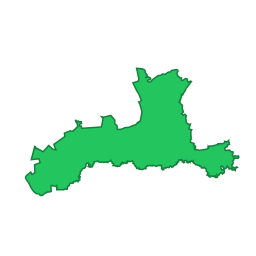 Abasolo, Guanajuato, Mexico (orthographic projection), rotated 264°
{"feature_id": "50627088B42096071159121", "entity_name": "Abasolo", "entity_type": "district", "adm_level": 2, "iso_a3": "MEX", "parent_name": "Mexico", "parent_adm1": "Guanajuato", "projection": "orthographic", "projection_center": [-101.545, 20.537], "detail": "fine", "context": "isolated", "style": "filled", "palette": "green", "viewbox_px": 256, "rotation_deg": 264, "n_neighbors": 0, "source": "geoboundaries", "source_scale": "gbopen_adm2", "svg_char_len": 5715}
<svg xmlns="http://www.w3.org/2000/svg" viewBox="0 0 256 256"><g transform="rotate(264 128 128)"><path d="M172.4,137.6L164.4,140.5L160.6,142.3L154.1,144.2L152.6,142.2L152.8,141.5L148.9,142.6L142.5,143.6L134.2,141.1L133.5,140.8L133.0,139.2L132.3,139.1L132.4,138.1L130.3,135.9L130.1,133.7L128.6,129.1L128.7,125.1L127.5,121.4L127.6,117.2L131.6,117.3L133.4,115.3L137.2,115.7L142.3,112.2L141.3,105.1L141.9,102.9L140.0,104.2L131.8,101.7L132.5,82.1L134.7,81.8L134.8,80.4L136.1,80.1L136.7,80.2L137.4,82.2L139.1,82.3L139.5,79.0L140.1,79.2L140.3,77.3L141.1,76.9L140.8,76.5L138.9,77.2L138.4,77.8L134.9,78.2L131.5,74.1L131.3,73.4L130.6,73.3L130.9,70.5L131.2,70.4L129.5,64.2L126.1,64.3L119.5,52.6L113.9,54.0L114.7,51.1L118.9,47.3L113.3,41.1L117.6,34.8L117.9,34.3L117.3,34.3L117.3,34.0L118.0,34.1L118.6,33.7L119.0,33.9L119.4,33.3L106.6,28.5L106.7,36.1L102.7,37.0L101.2,31.2L93.4,30.8L91.8,27.6L94.3,26.7L91.2,21.9L90.0,21.1L88.7,20.9L83.7,23.5L78.0,25.7L74.7,27.5L72.5,29.7L71.7,32.8L70.7,33.2L70.1,33.9L69.9,35.8L71.6,38.3L72.7,41.2L72.6,43.7L73.1,45.1L77.2,45.1L78.1,45.7L79.0,45.8L77.6,49.3L77.6,50.6L78.0,51.0L74.0,50.7L74.2,52.3L73.9,52.3L73.3,57.6L74.1,59.9L73.4,60.4L73.5,61.1L76.0,61.8L76.6,63.2L79.0,64.6L79.2,65.2L78.8,67.6L80.1,67.9L80.3,68.3L80.1,69.8L81.2,71.2L80.8,72.0L79.9,72.1L79.8,72.8L80.9,73.5L81.5,74.7L82.1,74.8L82.6,74.2L83.6,74.2L84.0,75.2L84.5,75.3L84.6,74.0L85.2,73.7L86.3,75.0L87.9,76.0L89.2,75.7L90.2,77.1L92.1,78.5L92.8,81.0L94.7,82.2L97.1,82.6L97.4,83.7L96.8,84.5L97.0,85.3L95.8,85.1L95.8,85.7L95.3,86.6L94.5,86.4L94.1,85.8L94.4,84.8L94.1,84.3L93.6,84.8L92.9,86.7L93.3,88.7L94.5,88.8L95.0,89.7L95.7,89.4L96.2,90.5L96.9,90.3L98.0,91.0L97.8,92.7L98.3,94.6L97.3,95.3L96.6,97.5L97.0,99.1L96.2,100.3L96.6,102.2L96.1,102.7L96.3,103.4L95.8,104.2L96.3,104.6L97.1,107.0L97.6,107.5L96.6,107.7L95.5,108.8L94.5,108.6L94.0,109.8L93.0,109.9L92.2,109.2L92.0,111.1L91.1,112.1L91.5,113.4L90.9,113.5L91.1,114.3L90.8,115.4L91.5,116.7L92.5,116.8L92.7,117.5L93.4,117.6L93.4,118.5L94.1,118.1L94.5,118.7L93.8,118.9L93.9,120.0L93.5,119.4L93.0,119.5L93.5,120.4L93.5,121.4L92.9,122.3L93.5,123.9L94.2,123.8L94.4,123.3L95.2,124.1L94.3,126.3L94.9,128.9L93.1,129.7L92.6,129.2L91.8,130.4L90.9,130.4L89.7,131.3L89.1,131.2L88.6,132.1L87.4,132.2L86.7,132.7L87.1,133.2L86.9,134.8L85.9,134.6L85.6,135.1L85.7,136.5L85.2,137.3L85.3,138.5L86.3,140.7L85.5,141.2L85.9,141.7L87.1,141.7L88.0,142.3L88.0,143.3L88.5,143.7L88.2,144.4L88.5,145.4L87.9,146.9L88.2,148.0L87.7,148.5L88.1,149.4L86.9,152.4L87.4,153.4L87.6,155.7L87.1,156.0L87.4,156.5L87.3,157.5L83.9,157.2L82.7,158.2L82.9,159.2L83.7,158.9L84.5,159.3L84.1,161.6L84.9,162.1L84.3,164.9L85.7,165.6L85.9,166.6L84.5,167.3L84.7,168.8L85.6,169.4L86.0,170.7L86.5,171.0L86.3,171.7L86.9,172.7L87.3,172.9L88.2,172.5L88.2,173.4L89.2,173.7L89.0,174.8L90.9,175.3L90.7,175.9L91.0,176.4L90.4,177.0L90.9,177.6L90.2,178.0L90.7,178.3L89.3,179.1L88.6,178.6L88.4,179.1L89.0,179.9L87.7,179.9L87.9,180.6L88.7,180.4L89.8,181.7L89.6,182.7L88.5,182.9L88.3,183.6L87.5,183.1L87.2,183.4L87.2,184.2L88.0,184.3L87.6,184.9L87.9,185.4L87.4,186.1L88.2,186.0L88.6,186.2L88.3,187.3L88.8,188.1L87.3,188.9L88.2,189.6L86.1,189.8L85.5,190.8L84.3,191.6L84.2,192.8L83.4,193.9L83.3,195.3L82.5,195.4L81.8,196.7L80.6,196.9L80.6,198.2L80.2,198.5L81.0,199.6L79.5,200.8L79.2,201.5L76.9,201.4L74.8,203.2L74.1,202.2L72.9,201.7L72.6,201.8L72.4,202.9L72.8,203.6L72.5,203.9L71.6,203.4L71.0,203.6L70.7,204.4L71.3,204.5L71.1,205.3L71.6,205.5L71.1,206.7L71.4,207.3L70.1,209.3L71.2,209.1L71.3,210.2L69.9,210.3L69.5,210.9L69.6,211.7L70.4,211.8L70.8,212.2L71.9,212.0L71.5,212.4L71.5,213.3L73.6,215.2L73.4,215.8L73.8,216.5L72.4,217.1L73.2,218.7L74.4,219.3L76.6,219.2L76.9,218.9L76.3,217.4L77.3,216.5L79.4,216.2L80.0,216.4L80.4,217.1L79.9,218.2L78.4,218.6L77.9,219.3L77.3,219.4L77.6,221.1L79.9,222.6L78.3,223.4L78.2,224.0L76.6,224.3L76.8,225.4L76.6,226.0L77.4,226.8L75.9,227.6L75.5,227.2L75.1,228.1L75.9,229.0L74.7,230.2L77.0,230.4L77.0,232.0L77.4,232.7L78.0,231.7L77.4,230.9L77.2,229.9L78.5,227.7L80.4,227.3L81.3,228.7L82.6,229.0L84.1,228.5L85.2,229.9L86.8,230.0L86.4,234.3L87.1,235.1L88.4,235.1L88.7,234.9L88.6,233.1L89.2,231.3L88.4,229.7L90.5,228.9L92.1,229.9L93.3,229.9L93.5,228.3L95.3,226.7L95.1,226.1L95.5,225.5L95.4,222.7L95.7,222.1L98.1,222.4L98.5,222.8L99.0,224.7L100.7,225.0L101.1,227.1L101.9,226.7L102.8,227.2L103.7,226.6L105.0,226.8L103.9,225.2L104.6,222.8L104.2,222.9L103.1,222.1L102.7,221.2L102.5,219.2L102.8,218.7L102.8,215.6L102.2,215.7L101.2,209.3L101.6,207.7L101.0,206.0L101.4,205.8L99.9,205.4L99.9,205.8L99.4,205.9L98.8,204.6L98.3,197.3L99.3,193.5L100.2,191.9L101.0,191.9L100.3,192.9L102.5,193.2L103.6,192.6L103.6,191.5L105.7,192.1L107.2,188.7L110.1,189.0L110.1,189.5L110.8,189.7L117.9,190.1L119.6,191.2L120.7,188.5L125.4,190.5L125.2,188.8L127.2,186.6L131.6,186.5L133.1,186.9L133.5,186.7L134.3,187.2L135.7,186.0L135.2,184.6L135.5,183.7L136.5,182.8L138.1,184.8L139.1,184.3L139.1,184.6L139.9,184.5L140.0,184.2L142.1,184.0L144.8,184.5L145.3,184.2L145.4,183.6L147.3,182.8L148.5,181.4L149.5,182.7L150.5,182.4L150.6,183.3L152.9,183.8L153.1,184.4L155.6,184.6L155.0,185.1L155.0,185.7L156.1,186.5L156.6,186.4L158.3,188.2L161.5,190.1L167.6,195.9L168.1,195.0L167.4,192.7L168.5,192.0L170.5,192.1L171.2,190.5L169.7,187.7L169.8,186.2L172.2,186.4L172.6,185.0L173.9,183.5L175.8,182.5L177.3,182.3L179.3,183.7L180.4,183.4L181.1,182.3L180.7,177.4L179.2,175.9L179.4,174.1L177.5,170.6L178.1,167.9L176.9,165.8L177.0,163.5L173.2,156.9L172.2,156.2L171.6,155.2L171.5,153.1L172.3,152.3L173.2,152.4L173.6,153.1L173.7,155.0L174.8,155.7L175.8,155.1L176.7,153.4L176.3,151.9L176.5,151.1L178.5,152.7L181.4,151.0L183.1,150.9L184.1,150.5L185.3,148.5L186.5,142.8L176.3,143.9L173.5,143.2L172.4,137.6Z" fill="#22c55e" stroke="#15803d" stroke-width="1.5"/></g></svg>